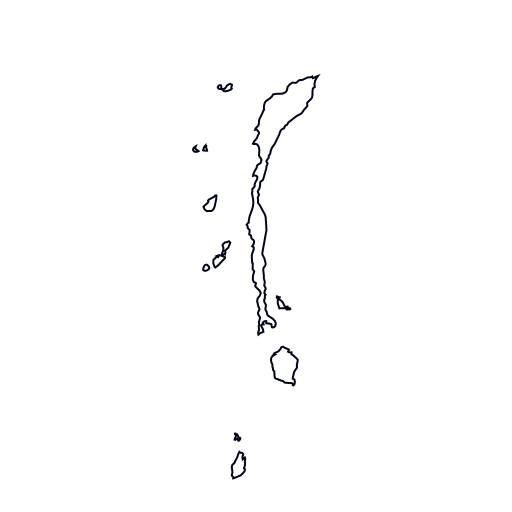 the border of New Ireland, rotated 227°
{"feature_id": "PNG-1255", "entity_name": "New Ireland", "entity_type": "Province", "adm_level": 1, "iso_a3": "PNG", "parent_name": "Papua New Guinea", "parent_adm1": "", "projection": "equal_earth", "projection_center": [151.706, -3.097], "detail": "fine", "context": "isolated", "style": "outline", "palette": "ink", "viewbox_px": 512, "rotation_deg": 227, "n_neighbors": 0, "source": "natural_earth", "source_scale": "10m", "svg_char_len": 6165}
<svg xmlns="http://www.w3.org/2000/svg" viewBox="0 0 512 512"><g transform="rotate(227 256 256)"><path d="M362.5,368.6L361.8,373.9L361.8,376.4L362.5,378.8L360.7,381.5L356.6,386.2L355.6,389.4L355.9,391.2L358.1,394.6L358.5,397.5L358.1,400.5L357.6,401.3L355.8,402.8L355.2,403.8L355.2,407.1L354.8,408.0L353.3,409.7L351.3,415.6L349.3,418.1L348.9,419.6L347.3,418.9L346.6,420.3L346.2,422.4L345.4,424.2L344.8,421.3L343.7,418.5L342.0,416.1L339.5,414.3L339.8,412.0L337.8,409.5L335.3,407.2L333.7,405.1L333.3,403.5L333.2,398.3L332.9,397.6L330.8,396.0L330.6,395.3L330.1,390.5L329.4,387.4L329.3,386.1L330.7,380.9L331.6,370.6L330.8,368.3L331.2,367.1L331.2,365.9L330.9,364.7L330.3,363.7L330.9,361.9L331.0,360.2L330.5,358.5L328.7,355.2L325.1,345.8L324.7,343.0L324.2,341.4L323.0,338.7L321.5,336.7L320.9,335.5L320.6,333.8L319.3,332.4L319.1,331.8L319.0,330.7L318.5,328.8L318.1,328.2L317.5,327.9L316.2,327.8L315.6,327.5L314.4,324.7L313.2,323.5L307.1,313.4L306.9,312.4L307.2,310.2L307.1,309.4L305.4,307.7L303.6,305.4L302.8,304.0L302.1,301.4L301.0,300.8L298.6,299.9L297.6,297.2L295.6,295.7L293.7,293.8L292.4,293.5L290.9,293.5L280.4,290.8L277.6,289.4L267.9,281.4L253.9,262.7L252.7,261.7L248.3,260.4L244.0,258.0L243.4,257.4L242.5,255.8L242.3,253.9L242.0,253.2L240.9,251.8L236.2,248.3L234.3,246.5L231.1,244.8L228.8,241.9L226.2,241.2L225.2,240.5L224.8,239.0L223.1,236.7L221.1,236.6L221.1,235.8L220.9,235.4L218.9,233.5L218.5,232.2L216.7,230.7L213.4,229.9L212.9,229.4L211.2,227.1L210.1,226.2L207.6,225.6L205.6,224.3L204.1,224.1L198.6,225.5L195.6,225.5L193.1,224.5L191.6,222.2L191.6,221.0L192.2,219.6L193.1,219.0L195.6,220.7L197.1,219.9L199.9,217.6L201.4,219.1L202.5,217.7L202.6,215.5L200.8,214.9L201.9,213.5L201.7,212.5L200.9,211.9L197.8,211.2L195.5,209.7L196.9,205.8L196.7,204.7L196.8,204.1L198.4,205.1L200.1,208.1L202.8,210.0L203.2,211.2L205.7,213.0L207.5,216.1L208.2,217.0L211.8,217.8L213.3,218.9L214.6,222.2L215.4,222.7L217.1,223.1L222.3,226.1L223.8,228.2L224.4,231.8L225.6,234.2L228.5,235.0L233.8,234.7L234.7,235.0L235.8,237.1L236.5,237.5L238.4,236.7L240.0,237.2L241.4,238.0L243.8,240.6L246.0,244.2L248.7,244.6L252.8,248.6L253.6,248.5L259.2,253.2L260.5,255.1L262.4,258.9L264.0,260.3L265.8,259.8L266.3,262.2L267.1,263.8L268.2,264.7L269.2,265.0L271.9,264.8L272.7,265.0L274.2,266.1L275.0,266.3L276.1,265.7L276.9,266.2L278.0,267.7L279.3,269.0L281.8,269.0L282.5,269.3L283.5,270.2L285.2,270.4L285.5,272.0L285.4,273.6L286.3,274.2L289.4,278.4L292.9,285.3L294.8,288.2L297.0,290.6L299.6,292.7L304.6,295.8L305.7,297.4L307.1,298.4L307.4,298.9L307.8,302.5L308.1,302.9L309.1,303.5L309.4,304.0L310.6,306.4L311.2,308.7L311.8,309.8L313.2,311.0L314.6,310.9L315.8,309.9L316.6,308.5L317.6,309.8L318.5,311.7L319.3,313.6L319.9,316.3L321.2,318.2L321.5,319.3L320.9,322.4L321.2,323.5L322.5,325.3L322.5,325.6L324.0,326.1L325.6,326.2L327.4,326.7L331.3,330.8L333.9,332.4L335.3,332.8L336.9,332.9L338.4,332.1L339.4,330.7L340.2,330.4L341.1,332.9L341.5,336.8L342.8,339.4L343.6,341.9L344.9,342.6L347.9,342.7L348.9,341.4L349.6,342.6L349.8,346.7L350.6,348.1L352.9,350.5L353.8,351.9L355.7,357.1L357.5,361.0L357.4,361.7L358.7,362.5L360.4,364.3L361.9,366.6L362.5,368.6ZM172.0,201.8L172.4,203.2L171.4,205.9L171.0,207.4L171.3,210.3L172.0,212.4L171.6,213.4L171.1,213.9L169.5,214.3L165.4,216.2L164.9,216.2L164.2,214.2L163.1,214.5L162.0,215.4L161.3,216.3L159.8,214.9L158.6,215.4L152.2,215.9L151.5,215.6L150.9,215.0L148.6,211.7L146.4,209.8L145.3,205.1L142.2,200.3L141.2,199.2L139.6,199.9L137.4,198.6L135.9,196.5L135.9,195.1L136.4,194.8L137.3,195.7L137.8,195.8L138.5,195.5L143.7,190.7L146.6,190.3L147.3,189.6L150.2,188.3L150.3,188.0L151.2,187.8L152.7,186.9L153.7,186.7L155.3,187.5L159.2,190.7L160.8,190.7L163.2,192.3L163.9,192.5L165.2,193.9L167.1,194.5L169.1,195.5L170.8,197.2L171.6,199.5L171.0,202.5L172.0,201.8ZM119.9,100.1L121.1,103.7L121.9,105.5L123.4,108.4L124.1,110.3L122.9,110.4L121.2,111.6L120.2,111.6L119.5,111.3L118.8,109.7L117.6,108.4L116.3,107.6L116.3,110.4L115.1,109.9L112.6,107.0L111.9,106.7L111.2,106.0L109.7,104.0L109.2,102.7L108.8,102.5L107.5,102.4L106.5,100.9L106.1,99.2L106.0,95.4L108.3,89.0L108.9,87.8L109.4,88.4L110.0,88.6L111.6,88.5L112.3,88.9L113.8,91.2L118.2,94.4L119.2,95.8L119.4,96.9L119.3,99.0L119.9,100.1ZM327.9,257.7L328.2,258.3L329.1,258.5L329.3,259.1L329.4,260.0L327.9,265.5L328.1,267.4L327.4,268.3L326.7,267.8L324.5,265.4L320.3,259.3L319.7,258.1L319.1,256.1L319.4,254.0L322.5,250.6L325.2,250.2L327.9,251.2L327.8,256.5L327.9,257.7ZM282.4,228.2L281.9,229.5L280.6,230.5L276.3,232.5L275.5,231.8L275.5,228.8L275.0,223.0L275.3,218.4L276.9,218.5L279.9,219.9L282.2,222.2L282.1,223.1L282.3,225.0L282.2,226.8L281.0,227.5L281.5,228.9L282.4,228.2ZM209.6,242.7L211.6,242.9L212.1,243.9L210.8,244.3L209.6,245.2L209.2,243.8L208.5,243.4L206.7,243.9L203.5,243.9L200.0,242.8L198.4,242.9L197.5,244.6L196.4,244.0L195.2,244.9L194.3,245.2L193.8,244.8L194.4,243.7L196.0,241.9L197.1,242.3L198.8,240.8L201.8,237.4L206.1,239.4L207.7,240.6L209.0,242.2L209.6,242.7ZM286.6,238.7L287.1,239.9L287.1,242.6L286.0,244.1L285.2,246.3L283.3,246.3L281.0,241.4L281.0,238.0L280.8,236.8L279.2,235.9L278.5,234.7L279.0,234.7L279.0,233.4L279.5,232.1L280.3,231.6L281.0,232.8L281.9,234.9L283.2,236.8L284.7,238.1L286.6,238.7ZM400.1,346.7L399.6,347.3L400.5,351.4L399.6,354.5L397.6,355.2L395.7,352.4L394.9,352.4L394.8,351.2L395.6,348.9L397.3,345.9L398.6,344.9L399.8,344.9L400.1,346.7ZM280.2,214.3L278.7,213.3L278.7,210.9L279.8,208.6L281.5,207.8L282.6,208.6L283.5,210.1L284.1,211.7L284.2,212.4L283.4,214.0L282.7,214.3L280.2,214.3ZM139.1,119.2L140.2,119.1L140.5,119.4L140.1,120.0L138.9,120.5L137.0,120.3L135.2,119.2L134.6,119.5L134.3,120.2L133.7,120.4L132.9,119.6L132.6,118.4L132.6,117.4L133.2,117.1L134.8,117.8L135.4,117.0L135.7,115.4L136.3,115.1L137.1,116.3L137.5,117.7L138.1,118.8L139.1,119.2ZM374.3,282.1L376.2,282.1L377.2,283.1L377.6,284.7L377.3,286.7L376.4,285.0L375.0,284.9L373.4,285.3L371.9,285.5L372.2,284.4L372.8,283.5L374.3,282.1ZM366.4,292.0L368.6,289.8L369.4,289.4L370.7,291.6L371.2,293.0L371.3,294.6L370.8,294.2L370.4,294.6L369.5,293.6L367.3,292.6L366.4,292.0ZM404.0,342.7L405.3,342.9L406.0,344.2L405.9,345.7L405.0,346.7L404.0,346.5L402.4,345.0L401.1,345.3L401.7,344.3L404.0,342.7Z" fill="none" stroke="#020617" stroke-width="2"/></g></svg>